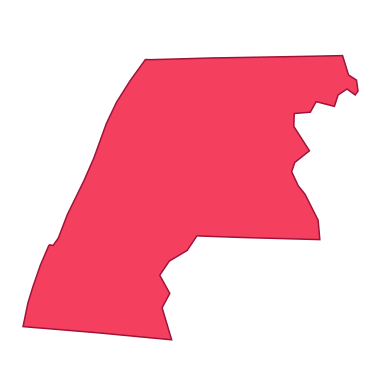 the district of Worcester, Maryland, United States of America, rotated 185°
{"feature_id": "52423323B30792684212291", "entity_name": "Worcester", "entity_type": "district", "adm_level": 2, "iso_a3": "USA", "parent_name": "United States of America", "parent_adm1": "Maryland", "projection": "orthographic", "projection_center": [-75.327, 38.223], "detail": "fine", "context": "isolated", "style": "filled", "palette": "rose", "viewbox_px": 384, "rotation_deg": 185, "n_neighbors": 0, "source": "geoboundaries", "source_scale": "gbopen_adm2", "svg_char_len": 912}
<svg xmlns="http://www.w3.org/2000/svg" viewBox="0 0 384 384"><g transform="rotate(185 192 192)"><path d="M53.9,341.0L85.3,337.6L144.2,331.4L180.6,327.6L181.9,327.5L229.1,322.0L240.7,320.7L243.9,320.3L250.0,319.9L263.5,297.2L275.0,274.9L283.3,252.7L292.3,218.9L292.7,217.4L300.7,193.7L314.2,158.7L321.2,134.3L325.8,126.6L326.7,126.7L329.1,127.0L330.1,126.0L330.1,125.9L336.7,105.8L342.3,83.5L345.8,67.0L348.6,43.2L346.7,43.2L346.2,43.2L340.5,43.2L339.7,43.2L337.9,43.2L327.8,43.3L301.1,43.4L278.9,43.5L268.8,43.5L244.5,43.3L240.6,43.3L234.2,43.2L199.4,43.0L211.7,74.1L205.3,89.0L216.9,106.3L208.6,121.2L191.7,133.4L183.3,148.7L140.4,150.9L60.5,155.7L63.9,174.9L79.2,199.6L86.7,207.4L94.5,220.9L92.2,230.4L78.6,243.3L96.3,266.2L97.0,279.1L81.1,281.8L76.2,292.8L57.6,289.7L54.9,301.4L46.6,308.1L37.9,302.9L35.4,307.0L37.9,317.8L46.3,322.3L53.9,341.0Z" fill="#f43f5e" stroke="#9f1239" stroke-width="1.5"/></g></svg>